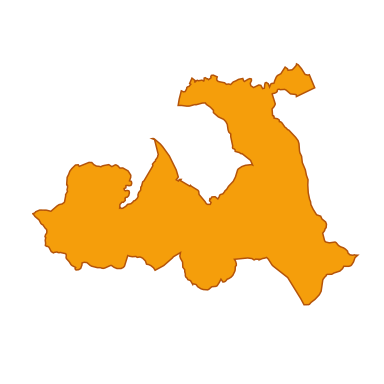 Xochiltepec, Puebla, Mexico, rotated 86°
{"feature_id": "50627088B32786455313367", "entity_name": "Xochiltepec", "entity_type": "district", "adm_level": 2, "iso_a3": "MEX", "parent_name": "Mexico", "parent_adm1": "Puebla", "projection": "albers", "projection_center": [-98.341, 18.653], "detail": "fine", "context": "isolated", "style": "filled", "palette": "amber", "viewbox_px": 384, "rotation_deg": 86, "n_neighbors": 0, "source": "geoboundaries", "source_scale": "gbopen_adm2", "svg_char_len": 5977}
<svg xmlns="http://www.w3.org/2000/svg" viewBox="0 0 384 384"><g transform="rotate(86 192 192)"><path d="M284.3,197.7L283.6,197.4L284.5,194.6L284.9,194.1L286.8,193.0L289.2,189.8L290.1,187.5L290.7,183.2L290.3,182.1L287.9,178.9L287.8,174.7L287.3,173.5L284.3,171.2L281.0,169.2L284.0,167.4L283.8,165.8L283.3,164.8L281.3,162.8L281.1,161.7L279.7,159.0L278.0,157.1L274.2,154.9L272.8,154.4L269.5,154.0L268.3,152.9L266.6,152.8L264.0,153.4L262.1,154.4L261.7,141.0L262.6,136.8L264.0,135.0L264.0,134.3L263.4,133.3L263.9,128.9L264.2,129.1L263.3,126.4L263.0,123.9L262.5,122.2L264.2,120.6L270.3,117.3L271.6,116.2L284.0,102.5L305.9,91.0L312.3,88.1L312.5,83.6L312.2,82.7L310.4,80.9L307.6,76.7L303.4,72.2L300.0,70.1L288.6,67.6L286.3,65.7L284.9,64.0L284.0,63.7L283.6,62.7L283.8,58.3L282.7,56.0L281.2,50.0L279.0,47.2L276.7,45.8L277.1,40.8L276.6,38.8L275.9,37.9L273.1,35.8L268.9,34.0L266.6,31.1L266.4,33.3L266.0,34.2L266.3,36.0L265.7,38.8L263.8,40.6L261.8,41.0L259.7,42.9L258.3,44.7L257.0,47.6L255.6,49.6L252.6,51.7L251.9,52.8L252.3,58.5L251.3,61.8L250.6,62.7L249.5,63.2L242.2,64.5L239.9,62.5L237.9,61.7L237.0,60.7L233.5,60.1L231.2,60.8L227.9,64.3L225.1,65.3L223.4,69.3L217.8,72.3L212.8,74.3L210.0,74.4L207.5,75.2L200.9,76.1L193.0,76.0L187.9,75.4L183.3,76.7L177.8,77.4L170.4,79.9L164.0,80.2L160.5,81.6L158.6,81.9L151.3,81.9L148.2,82.6L144.7,84.8L137.1,91.0L136.4,92.3L134.7,93.6L133.8,94.8L129.4,97.4L128.2,98.6L127.9,99.9L126.4,99.9L125.9,100.4L124.9,101.6L124.0,105.0L122.8,104.8L122.3,105.3L121.6,105.3L121.3,106.3L114.7,106.3L112.7,104.3L110.8,103.1L109.9,102.8L99.9,105.2L99.5,105.0L99.2,102.7L98.6,101.1L97.8,100.1L96.4,99.8L95.7,99.2L95.5,97.9L96.1,96.9L96.1,92.4L97.0,90.9L101.0,86.9L101.9,82.0L102.4,81.2L104.1,81.2L96.6,62.3L83.2,66.8L83.5,68.1L82.7,70.7L82.1,71.3L76.6,74.2L72.5,77.2L71.5,78.8L73.0,79.2L75.9,82.1L77.1,83.6L77.3,87.7L75.8,88.1L73.9,90.4L80.2,95.1L81.8,98.7L83.3,100.0L87.1,101.9L89.0,102.5L89.3,103.4L89.2,104.6L89.8,105.9L92.7,107.3L89.3,108.4L87.9,110.3L88.3,111.4L89.7,111.9L93.5,112.6L93.8,114.3L90.4,115.9L89.9,117.9L92.1,123.3L90.0,126.0L87.5,126.3L85.1,124.9L83.4,124.9L82.9,126.4L83.5,128.3L85.4,132.0L84.5,132.8L82.3,133.4L82.9,137.8L84.1,140.3L85.1,143.2L87.5,145.9L86.8,147.9L87.0,150.2L85.3,151.9L84.0,156.8L83.4,158.3L82.2,159.4L80.6,159.4L78.9,158.8L76.9,162.6L77.0,164.5L78.2,165.2L79.4,165.1L81.1,167.6L80.1,168.5L80.2,169.1L78.9,170.8L79.2,171.9L81.9,172.3L82.1,172.6L81.1,174.3L81.5,177.9L80.9,178.8L81.3,180.0L82.1,180.6L82.5,181.4L82.4,181.6L81.0,181.2L78.4,184.1L83.6,186.8L84.4,185.7L86.4,187.5L86.9,189.3L87.5,189.9L88.8,190.2L91.3,191.8L91.5,193.5L90.3,195.6L98.5,198.3L104.7,199.8L104.9,196.5L106.0,191.1L106.1,188.5L105.1,183.8L105.0,182.6L105.3,182.1L104.0,175.4L104.1,172.4L105.6,171.6L108.5,167.9L112.0,164.9L114.2,165.1L114.7,164.7L118.9,160.5L121.8,155.3L124.1,153.4L127.0,152.1L132.5,151.7L134.8,151.1L136.8,149.3L139.6,149.5L148.7,148.2L150.7,148.5L151.5,148.1L152.1,146.7L152.9,146.1L154.5,146.1L156.1,141.7L156.9,141.0L157.3,140.1L157.2,139.4L164.5,131.4L169.3,129.7L168.8,130.7L169.1,136.9L170.1,140.5L172.2,144.2L173.2,145.0L180.0,147.6L184.2,150.1L188.9,155.2L191.6,157.1L193.4,159.3L194.0,159.5L195.6,161.0L196.0,161.4L196.5,163.7L197.2,164.7L198.4,165.0L200.7,166.7L198.3,169.3L198.3,172.5L200.5,174.2L200.1,174.7L202.0,175.1L203.7,173.7L205.6,174.6L205.4,177.5L204.6,178.6L202.6,179.6L195.0,185.1L191.7,185.3L190.6,186.1L186.1,192.4L185.2,193.1L186.0,193.8L179.8,202.8L178.7,202.0L178.6,203.8L180.1,204.8L178.7,206.9L176.1,204.6L168.9,206.2L154.5,212.1L144.8,218.1L142.0,220.2L136.4,225.9L135.9,227.0L136.0,228.0L137.1,225.7L152.4,223.0L153.1,223.5L154.4,223.8L155.3,224.3L157.5,226.2L158.6,226.3L159.3,227.4L161.5,229.5L162.8,229.2L163.7,229.6L177.5,239.1L178.5,240.5L182.7,241.9L183.5,242.7L186.6,243.1L188.8,245.2L191.3,246.2L192.4,245.9L194.5,247.1L196.5,249.4L196.9,250.9L198.1,251.9L199.5,253.9L199.8,257.1L201.7,259.1L203.4,262.3L203.4,264.0L202.5,264.5L202.9,265.3L199.4,264.8L197.3,262.6L197.5,261.3L195.8,259.2L195.1,259.3L194.2,259.0L193.9,259.3L193.2,259.0L192.8,258.6L192.6,256.9L191.2,255.4L188.5,254.5L186.8,254.7L186.4,255.0L185.9,256.6L186.2,258.5L185.2,259.4L183.8,259.5L183.3,257.8L182.3,257.5L181.2,257.6L180.9,257.3L181.0,255.2L181.4,254.5L181.2,252.8L181.1,252.4L179.8,251.7L178.8,251.5L177.2,251.8L176.5,253.6L173.1,252.1L171.0,251.9L166.5,254.3L163.2,259.3L163.1,262.3L160.8,264.1L159.7,265.8L159.6,266.7L161.1,270.2L158.9,273.1L159.4,277.8L159.8,279.8L160.5,281.1L159.9,282.9L159.5,285.5L157.9,288.0L155.6,289.9L155.3,292.7L158.6,302.7L156.9,303.6L157.0,306.4L160.3,310.3L162.7,312.4L166.0,313.9L168.6,315.5L175.8,316.5L176.3,316.4L176.3,315.9L177.0,315.7L178.8,315.8L181.0,316.5L182.8,316.2L185.9,318.3L187.0,318.3L192.8,319.8L193.5,320.2L194.9,322.5L195.3,325.4L196.5,327.6L201.4,334.1L200.0,338.4L199.4,345.3L200.8,349.3L201.7,350.1L202.3,351.3L202.6,352.9L202.7,352.0L205.5,350.3L209.2,346.5L212.9,344.9L213.9,343.9L214.3,343.1L218.1,340.8L219.2,339.7L221.0,339.5L222.8,339.8L224.4,341.1L226.4,341.8L226.9,341.2L227.4,341.1L229.9,341.8L232.9,341.6L235.2,342.0L236.1,340.7L236.1,339.9L237.2,338.5L241.6,336.6L243.1,334.5L242.6,333.3L242.4,330.9L243.1,329.8L243.3,328.7L243.1,327.7L244.7,322.4L245.9,321.8L248.8,322.2L249.7,321.9L252.9,319.4L256.1,317.7L257.0,316.8L259.2,313.3L260.3,314.0L261.1,313.7L261.7,313.1L261.6,310.5L260.5,308.4L257.2,306.9L255.1,306.6L254.6,304.4L255.1,301.7L258.1,298.7L259.0,297.3L260.9,291.6L261.1,288.6L261.8,287.0L262.0,285.6L261.7,284.1L259.6,278.4L259.7,277.4L261.7,275.0L263.1,272.2L263.4,268.1L262.4,265.7L261.2,264.5L250.9,260.5L251.8,258.5L252.4,256.0L252.4,252.4L253.4,251.2L253.2,248.8L253.4,247.8L254.6,245.8L257.5,243.3L260.8,242.4L261.5,240.0L262.7,238.0L265.0,235.6L267.5,234.3L263.4,225.3L256.4,216.1L255.3,215.1L251.6,207.7L255.1,208.6L257.4,208.1L261.2,206.3L266.4,206.4L269.0,204.7L271.1,204.8L273.4,204.3L274.3,204.5L275.5,204.4L276.4,204.1L277.8,202.8L279.1,202.3L280.3,199.7L284.3,197.7Z" fill="#f59e0b" stroke="#b45309" stroke-width="1.5"/></g></svg>